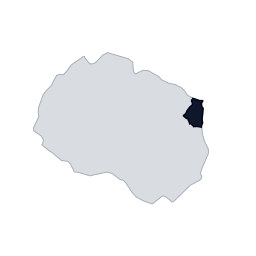 Kriva Palanka on a map of North Macedonia (Mercator projection), rotated 42°
{"feature_id": "MKD-2906", "entity_name": "Kriva Palanka", "entity_type": "Statistical Region", "adm_level": 1, "iso_a3": "MKD", "parent_name": "North Macedonia", "parent_adm1": "", "projection": "mercator", "projection_center": [22.313, 42.232], "detail": "fine", "context": "in_parent", "style": "filled", "palette": "ink", "viewbox_px": 256, "rotation_deg": 42, "n_neighbors": 0, "source": "natural_earth", "source_scale": "10m", "svg_char_len": 1779}
<svg xmlns="http://www.w3.org/2000/svg" viewBox="0 0 256 256"><g transform="rotate(42 128 128)"><path d="M116.6,69.2L120.5,69.7L128.8,67.3L134.0,64.0L136.7,63.5L140.2,62.3L145.3,62.5L150.4,63.9L157.0,62.0L163.4,58.9L166.0,59.7L168.8,62.3L170.6,63.0L181.3,76.9L187.1,82.5L194.0,86.8L201.8,89.9L204.7,92.9L209.7,107.6L212.1,113.2L215.4,114.8L216.2,116.4L216.3,118.5L212.6,128.8L211.1,151.8L210.1,153.7L206.2,153.6L201.0,154.1L199.0,155.8L196.9,168.2L188.5,171.7L180.9,173.7L174.5,173.2L163.3,170.3L159.6,170.0L156.4,171.6L146.4,172.5L142.0,174.7L131.6,189.1L121.1,194.0L117.5,196.5L109.5,193.3L105.7,193.0L100.1,196.7L88.0,197.0L84.7,197.7L75.3,198.2L74.9,196.3L73.2,193.4L68.8,192.0L59.9,193.2L57.7,191.1L54.0,178.9L51.1,176.9L47.9,172.8L42.5,159.5L42.3,153.7L42.7,148.6L39.7,136.6L41.5,133.6L44.3,131.7L44.4,126.8L43.6,119.5L46.9,105.1L47.8,104.0L48.7,104.7L56.7,105.9L58.8,104.0L60.1,101.2L60.5,90.6L62.4,85.7L81.9,76.3L87.6,76.0L92.0,80.3L95.5,83.0L97.6,82.9L98.3,80.2L100.7,74.9L104.7,71.8L116.5,69.2L116.6,69.2Z" fill="#d9dde1" stroke="#a8b0b8" stroke-width="1"/><path d="M165.4,57.8L165.7,58.2L165.8,59.8L166.0,60.5L167.0,61.7L168.1,62.5L169.3,63.0L170.7,63.1L177.5,72.3L180.1,74.3L181.0,77.0L181.9,78.4L180.7,79.0L180.0,79.5L178.8,80.3L177.6,81.1L176.9,82.2L176.1,82.6L175.7,82.8L175.7,83.0L174.9,82.9L174.6,82.8L174.3,82.8L173.8,82.8L173.3,82.8L172.5,82.9L171.4,82.9L171.0,83.0L170.8,83.2L170.8,83.5L169.9,82.9L168.8,82.2L167.6,81.9L166.9,81.1L166.4,81.0L165.9,81.4L165.4,81.6L164.0,81.9L163.0,81.9L161.9,81.9L161.2,81.9L160.8,81.4L160.9,81.1L161.1,80.2L161.2,78.9L161.0,77.3L160.4,76.1L160.0,72.5L159.8,70.6L160.3,68.8L160.1,67.4L158.9,66.1L157.5,65.7L156.7,64.8L156.4,62.5L163.0,59.8L164.8,57.9L165.4,57.8Z" fill="#0f172a" stroke="#020617" stroke-width="1.5"/></g></svg>